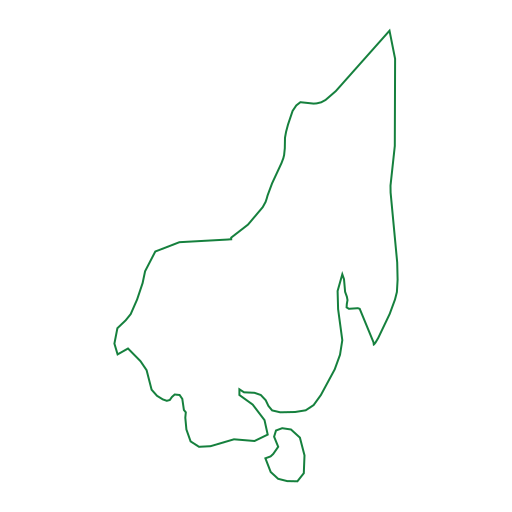 the border of Krong Preah Sihanouk
{"feature_id": "KHM-1800", "entity_name": "Krong Preah Sihanouk", "entity_type": "Municipality", "adm_level": 1, "iso_a3": "KHM", "parent_name": "Cambodia", "parent_adm1": "", "projection": "equal_earth", "projection_center": [103.754, 10.721], "detail": "fine", "context": "isolated", "style": "outline", "palette": "green", "viewbox_px": 512, "rotation_deg": 0, "n_neighbors": 0, "source": "natural_earth", "source_scale": "10m", "svg_char_len": 1553}
<svg xmlns="http://www.w3.org/2000/svg" viewBox="0 0 512 512"><path d="M373.8,344.5L373.5,342.3L359.7,308.8L357.8,308.2L348.9,308.8L346.6,307.4L346.8,304.1L347.5,300.1L346.9,296.8L345.1,291.8L344.0,279.2L342.3,274.3L337.6,291.0L338.1,309.1L342.3,340.2L340.0,354.8L334.7,369.4L320.9,395.0L313.6,405.1L305.7,410.3L295.1,412.0L280.2,412.3L272.1,410.4L268.4,405.9L265.7,400.2L260.8,395.0L254.5,392.8L244.0,392.3L239.4,389.3L239.4,395.0L252.7,404.6L264.5,420.1L267.7,434.6L254.5,441.0L234.0,439.3L210.5,446.2L199.0,446.8L190.6,441.4L186.4,429.5L185.3,417.7L185.8,412.3L183.9,410.0L182.3,398.9L179.6,395.0L174.7,394.5L171.9,397.0L169.8,400.0L166.8,400.8L162.8,399.4L157.0,395.8L151.6,389.7L146.6,370.2L140.5,361.2L128.0,348.5L117.6,354.4L114.4,343.6L117.4,328.2L125.7,320.3L130.7,314.1L137.1,299.5L142.6,283.1L145.1,271.2L155.3,251.5L179.4,242.2L228.3,239.5L228.8,239.4L231.2,239.3L231.2,237.6L248.0,224.6L262.7,207.2L265.6,201.9L266.7,198.6L267.6,195.4L272.1,183.3L281.4,163.3L283.3,158.3L284.1,155.1L284.8,148.3L285.0,137.7L286.1,131.7L288.0,124.6L292.6,110.9L296.3,105.4L300.4,102.2L313.6,103.6L316.6,103.4L321.2,102.3L325.5,100.0L335.8,91.1L389.5,30.7L395.1,58.8L394.8,146.0L390.5,185.6L390.6,192.6L397.2,262.5L397.6,279.7L396.9,292.0L395.0,299.5L389.7,313.9L378.2,338.0L375.4,342.7L374.0,344.4L373.8,344.5ZM291.0,429.5L299.9,437.6L304.5,455.4L303.8,473.2L297.4,481.3L287.2,481.1L278.1,478.8L270.7,472.0L265.4,458.3L270.6,456.4L273.2,454.0L278.2,446.8L274.1,436.7L276.0,430.5L282.2,428.2L291.0,429.5Z" fill="none" stroke="#15803d" stroke-width="2"/></svg>